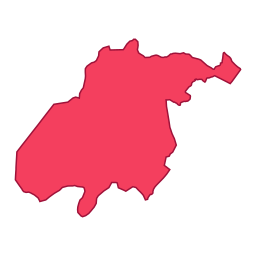 Santa María la Asunción, Oaxaca, Mexico
{"feature_id": "50627088B43505980471729", "entity_name": "Santa María la Asunción", "entity_type": "district", "adm_level": 2, "iso_a3": "MEX", "parent_name": "Mexico", "parent_adm1": "Oaxaca", "projection": "natural_earth1", "projection_center": [-96.812, 18.103], "detail": "fine", "context": "isolated", "style": "filled", "palette": "rose", "viewbox_px": 256, "rotation_deg": 0, "n_neighbors": 0, "source": "geoboundaries", "source_scale": "gbopen_adm2", "svg_char_len": 3614}
<svg xmlns="http://www.w3.org/2000/svg" viewBox="0 0 256 256"><path d="M145.4,199.9L147.6,199.3L147.8,198.4L148.0,197.7L148.3,197.2L149.7,195.2L150.4,194.4L151.1,194.5L152.1,194.0L152.9,193.0L152.9,191.4L153.4,189.7L153.7,188.8L154.2,188.1L154.7,187.2L156.3,185.3L163.3,178.1L166.6,174.2L169.8,169.6L164.3,165.4L166.1,157.0L169.2,156.2L169.7,155.2L170.2,154.0L172.7,152.1L176.3,145.1L174.3,138.5L173.6,137.1L172.0,133.6L170.5,129.1L169.9,127.4L169.0,121.3L167.5,112.2L167.2,110.4L166.5,106.5L166.4,104.8L166.1,99.9L167.8,99.9L169.8,99.7L172.8,101.6L173.8,102.2L174.6,102.1L175.3,102.6L175.7,102.9L176.1,103.0L176.6,103.2L176.9,103.4L177.5,104.2L178.0,104.6L178.4,104.9L178.8,105.1L179.5,105.3L180.1,105.2L180.3,104.9L180.4,104.3L180.4,103.9L180.4,103.3L180.6,103.0L180.9,102.6L181.8,102.2L183.3,101.6L184.0,101.4L185.1,101.4L185.6,101.5L186.7,101.2L187.7,101.1L187.8,101.0L188.2,100.8L188.7,100.3L189.3,99.8L189.9,99.3L190.1,98.8L190.4,96.6L190.4,96.1L190.2,95.5L187.0,93.4L185.8,92.7L185.5,92.4L185.4,91.9L185.4,91.5L185.5,91.2L188.6,87.3L189.1,86.8L189.6,86.5L190.4,86.1L190.9,85.7L191.2,85.4L191.5,84.8L191.6,83.5L191.7,83.2L192.0,82.8L192.5,82.2L193.1,81.6L193.8,81.3L194.4,81.1L194.8,80.8L195.5,80.2L195.0,79.5L195.7,79.2L196.4,79.1L197.5,79.7L199.4,79.3L201.8,79.4L203.1,80.9L204.9,82.1L205.6,81.2L206.0,80.1L206.7,78.3L207.9,77.8L208.8,78.0L211.4,77.0L212.5,76.8L214.7,75.7L224.2,80.5L230.2,83.6L232.2,81.2L239.8,70.7L240.6,69.6L240.2,68.6L237.6,66.9L235.2,64.8L231.9,61.4L230.8,58.5L229.5,57.0L227.1,55.3L225.5,53.9L224.3,52.5L223.6,52.8L223.3,53.3L223.1,54.7L222.7,58.4L222.2,60.9L222.1,62.6L220.5,63.1L220.5,64.3L220.2,65.0L219.4,65.6L218.2,65.9L215.7,66.8L214.5,68.5L214.2,69.2L213.3,69.2L212.3,68.7L211.5,68.0L207.1,65.6L200.8,60.0L198.5,59.1L192.3,57.5L190.4,55.3L189.0,54.2L185.6,54.0L183.6,52.8L180.1,53.7L175.5,53.2L173.1,53.4L171.6,54.0L170.6,54.0L168.4,56.0L166.4,57.1L165.1,56.9L163.6,57.4L162.6,57.4L161.1,57.2L157.8,55.5L156.1,55.1L154.6,55.4L151.4,56.3L149.8,57.3L145.0,57.5L143.3,55.8L140.7,54.3L140.4,54.1L138.5,52.8L138.4,52.1L137.7,50.7L137.4,49.6L137.8,47.5L138.1,45.4L137.9,42.7L137.8,41.7L135.4,39.3L133.6,39.3L132.5,40.5L129.8,41.2L126.9,44.1L123.4,49.6L122.6,49.7L110.1,50.0L108.9,46.2L104.5,47.5L103.2,47.9L101.3,49.6L99.0,51.8L98.6,55.9L96.4,60.5L94.3,62.1L91.5,62.9L90.8,63.4L88.9,64.8L87.0,66.2L86.0,67.7L85.4,68.6L85.3,70.3L85.3,72.2L85.5,75.6L85.5,76.3L85.4,77.3L85.3,78.6L84.5,82.3L83.3,87.8L81.4,90.2L80.6,91.8L79.7,93.5L79.3,98.1L75.7,97.1L73.0,98.0L67.9,102.1L67.5,102.2L66.1,102.4L64.1,102.7L59.6,103.4L57.1,103.8L53.9,104.3L51.8,107.0L46.5,113.8L42.1,119.5L37.5,125.5L35.2,128.4L34.6,129.2L33.0,131.2L25.7,140.6L22.6,144.5L16.9,151.9L16.6,157.3L16.2,164.0L16.0,167.9L16.0,169.5L15.6,175.6L15.4,179.8L19.9,186.3L20.5,187.0L20.7,187.4L21.9,189.0L22.6,190.4L23.8,191.7L25.5,192.2L26.0,192.4L28.7,192.1L30.5,192.8L32.1,193.7L34.4,194.9L38.1,197.9L39.3,200.1L39.9,201.5L45.8,199.9L49.5,196.8L54.2,193.4L56.2,192.2L59.5,190.3L60.0,189.8L62.4,187.4L67.8,186.0L71.3,185.9L72.7,185.9L74.7,185.5L77.5,186.5L80.4,186.8L82.7,187.0L84.1,187.8L84.7,190.0L84.9,191.5L83.8,194.3L82.5,197.6L81.5,198.6L80.0,200.0L78.8,203.3L77.9,206.7L77.8,207.2L77.6,209.7L77.9,212.5L79.2,213.9L81.0,215.9L82.6,216.7L85.7,215.6L87.4,214.4L88.7,213.5L91.0,210.9L92.8,208.7L94.0,207.3L96.2,203.4L96.6,198.4L98.3,195.7L103.9,190.9L108.9,187.6L111.7,182.5L112.2,182.5L116.0,182.5L117.2,182.9L118.3,187.6L118.4,187.8L123.0,189.8L124.5,190.5L125.8,191.2L132.8,186.7L136.0,187.5L138.4,190.1L140.5,192.1L142.1,193.8L143.4,195.4L144.2,197.2L145.4,199.9Z" fill="#f43f5e" stroke="#9f1239" stroke-width="1.5"/></svg>